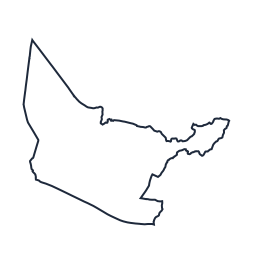 outline of Tapin, Kalimantan Selatan, Indonesia, rotated 353°
{"feature_id": "22746128B54842505361870", "entity_name": "Tapin", "entity_type": "district", "adm_level": 2, "iso_a3": "IDN", "parent_name": "Indonesia", "parent_adm1": "Kalimantan Selatan", "projection": "mercator", "projection_center": [115.129, -2.868], "detail": "fine", "context": "isolated", "style": "outline", "palette": "slate", "viewbox_px": 256, "rotation_deg": 353, "n_neighbors": 0, "source": "geoboundaries", "source_scale": "gbopen_adm2", "svg_char_len": 5443}
<svg xmlns="http://www.w3.org/2000/svg" viewBox="0 0 256 256"><g transform="rotate(353 128 128)"><path d="M229.0,132.8L228.6,132.4L227.0,131.6L223.6,131.0L222.0,130.3L220.9,129.4L219.7,129.9L219.4,129.9L218.6,129.7L217.4,129.4L216.1,129.5L215.8,129.4L215.0,129.6L214.0,130.8L213.6,131.4L213.5,131.9L212.7,132.9L211.5,134.0L210.8,134.1L210.2,133.6L209.8,132.8L209.7,132.7L209.4,132.5L209.2,132.6L208.3,133.2L207.4,133.7L205.3,134.3L203.9,134.3L203.4,134.4L203.4,134.5L203.2,134.7L203.0,134.8L202.3,135.0L201.4,135.1L199.3,134.9L197.8,134.7L196.9,134.1L195.9,133.0L195.3,133.0L194.4,133.0L193.4,131.9L192.8,132.9L191.3,135.5L191.4,136.1L191.6,136.4L192.3,137.1L193.8,138.0L194.0,138.3L193.9,138.5L194.0,139.1L193.8,140.2L193.2,141.2L193.0,141.9L192.7,142.1L192.2,142.6L190.3,144.0L189.7,144.1L188.6,144.6L185.2,147.3L183.5,147.8L181.7,147.9L180.5,147.8L179.7,146.9L178.7,146.7L178.0,146.9L177.6,147.3L176.8,147.5L176.0,147.5L175.5,146.9L174.8,144.4L174.0,144.1L173.2,144.1L172.2,144.2L171.4,143.9L170.7,143.9L170.0,144.0L169.5,144.6L169.0,146.4L168.6,146.7L167.0,146.0L165.9,145.7L164.7,145.7L164.4,145.0L164.2,142.2L161.0,138.2L160.6,137.5L160.2,136.1L159.0,135.1L157.9,134.9L156.5,135.2L156.0,134.9L154.8,134.3L153.8,133.9L152.7,132.3L152.5,132.0L150.3,129.1L149.7,128.8L149.3,128.8L148.8,128.8L148.4,129.0L146.6,129.3L146.0,129.7L145.0,129.6L143.2,128.9L140.3,128.3L140.0,128.1L137.1,127.1L136.9,126.3L133.4,124.3L131.4,123.6L125.4,121.3L123.9,120.9L120.1,119.6L115.1,118.5L114.1,119.1L113.5,118.6L112.9,118.8L112.1,118.7L112.0,118.3L112.2,117.6L111.5,117.6L110.7,116.8L109.8,117.0L109.3,117.1L108.7,117.7L108.8,118.3L108.8,118.8L108.6,119.1L108.5,119.4L108.2,120.1L107.7,120.3L107.0,119.9L106.6,119.8L106.2,120.0L104.7,120.9L103.2,121.5L102.5,120.8L101.8,120.3L101.6,120.1L101.5,119.8L101.5,119.7L101.8,119.1L101.7,118.7L103.1,116.2L103.1,115.0L103.1,114.9L103.0,114.6L103.0,114.4L103.1,113.8L104.4,111.6L104.4,111.4L104.4,111.2L104.6,108.3L104.9,107.8L105.2,105.5L104.8,104.6L104.3,104.2L103.5,103.6L102.6,103.5L100.6,104.1L99.3,103.8L97.3,104.2L96.0,104.2L94.9,103.9L94.5,103.7L90.9,102.7L89.5,101.8L87.5,100.0L87.2,99.8L84.7,97.8L82.7,95.8L81.4,94.0L80.9,93.4L79.3,90.9L78.6,90.4L78.1,89.5L78.3,89.3L78.2,89.2L76.9,86.9L74.1,81.6L73.9,81.1L64.8,65.3L60.4,57.6L59.3,55.8L53.5,45.8L49.6,39.1L45.0,31.3L44.3,30.1L43.8,29.2L43.7,29.0L41.5,35.2L40.9,37.5L40.3,40.0L39.2,44.9L38.9,45.5L38.7,46.2L38.6,46.8L38.5,47.0L38.4,47.5L38.5,47.5L38.3,48.0L36.2,56.2L36.0,57.0L35.8,57.8L34.7,62.2L33.4,67.5L31.9,73.2L30.5,79.0L30.4,79.2L30.0,80.8L29.4,83.1L28.4,87.0L27.3,91.6L27.2,91.8L27.3,92.1L27.3,92.5L27.4,94.8L28.8,107.3L29.0,108.4L29.4,110.4L33.9,120.5L37.5,128.8L37.4,129.8L35.3,134.5L31.8,142.5L30.4,145.8L30.1,146.1L29.9,146.3L29.7,146.4L29.2,146.5L27.1,148.5L26.9,148.7L26.8,148.8L26.7,148.9L26.7,149.1L26.7,149.3L26.7,149.6L26.7,149.9L26.8,150.2L26.8,150.6L27.0,151.3L27.1,152.2L27.1,152.5L27.2,153.2L27.2,153.5L27.2,153.9L27.2,154.3L27.2,155.4L27.2,156.0L27.3,156.3L27.3,156.8L27.4,157.2L27.5,157.3L28.4,158.3L28.5,158.6L28.2,159.0L28.0,159.3L28.1,159.5L28.2,159.8L28.6,160.4L29.4,161.4L29.6,161.6L29.8,162.0L30.2,162.5L30.4,163.0L30.4,163.7L30.5,164.0L30.6,165.6L30.4,165.9L30.3,167.5L30.3,168.0L32.9,169.1L33.3,169.4L33.5,169.6L34.0,170.3L34.6,170.7L35.1,171.1L36.8,171.9L39.7,173.2L45.4,176.3L50.8,179.7L58.9,184.9L64.1,188.3L65.2,189.0L71.1,192.8L75.4,195.6L78.9,197.7L81.0,199.1L84.1,201.1L87.7,203.8L92.2,207.3L92.5,207.5L97.1,211.1L99.9,213.0L101.0,213.7L105.0,216.2L109.1,218.7L112.0,220.1L115.9,221.6L119.0,222.5L123.8,223.7L128.2,224.6L128.4,224.7L132.3,225.5L132.9,225.6L135.9,225.7L140.2,226.2L142.0,227.0L142.0,225.5L142.0,224.1L142.5,223.4L142.5,223.0L143.0,222.1L143.9,220.7L144.3,220.3L145.3,219.6L146.4,219.3L147.4,218.9L148.0,218.5L148.8,216.3L150.0,215.1L151.2,214.3L152.4,212.7L152.0,211.5L152.1,210.7L152.1,209.2L152.9,206.6L153.0,204.8L151.0,204.8L148.5,204.2L146.1,202.5L143.8,202.2L143.3,202.2L140.7,201.7L139.2,201.1L137.4,200.7L137.3,200.8L133.5,199.6L132.0,199.2L134.5,196.4L136.7,194.0L138.3,192.2L140.6,189.3L141.7,187.9L142.0,187.2L142.1,186.6L142.6,185.0L143.4,182.8L144.7,180.1L145.6,178.4L146.6,177.0L151.8,180.2L154.4,178.6L156.0,176.4L157.5,175.0L158.1,174.3L159.3,172.4L160.1,171.6L160.6,170.4L161.0,169.1L161.1,168.7L161.4,168.3L161.6,168.2L162.2,167.1L162.5,167.0L162.7,166.9L162.9,166.6L162.9,166.0L163.0,165.8L163.7,164.9L164.4,164.9L165.3,164.0L166.9,163.4L167.6,163.2L168.8,163.4L169.2,162.7L170.0,162.5L170.4,162.0L171.1,161.8L171.5,161.5L172.5,161.0L173.3,160.5L173.4,159.3L173.6,158.5L174.1,157.9L174.7,157.7L175.9,157.0L176.6,156.8L177.7,156.8L178.3,156.7L179.1,156.6L181.2,155.9L181.7,155.9L182.8,156.2L182.8,157.2L183.2,157.8L183.9,157.9L184.5,158.4L184.7,158.7L184.6,159.2L184.2,159.7L184.2,160.6L184.4,161.0L185.9,161.5L186.9,161.2L187.4,160.6L189.3,159.9L190.1,160.0L191.2,159.5L191.6,159.4L191.7,159.5L192.8,159.3L193.7,159.6L194.9,159.6L195.4,160.1L195.7,160.9L195.7,161.7L196.1,162.7L198.1,164.6L198.8,164.5L199.8,163.8L201.8,161.0L202.1,160.8L204.3,161.0L205.3,160.2L205.5,160.2L206.9,159.3L208.4,159.2L208.7,158.6L210.6,154.9L212.2,153.3L213.0,152.8L213.9,152.1L214.8,152.0L215.2,151.8L215.5,151.4L216.4,150.1L217.2,149.5L219.1,149.4L220.3,149.0L220.5,148.9L221.3,146.6L222.7,144.4L222.8,143.7L222.9,141.9L224.1,140.8L225.7,140.1L225.9,139.7L226.3,138.3L227.1,137.7L227.3,137.7L228.1,135.7L228.7,134.0L229.3,133.2L229.0,132.8Z" fill="none" stroke="#1e293b" stroke-width="2"/></g></svg>